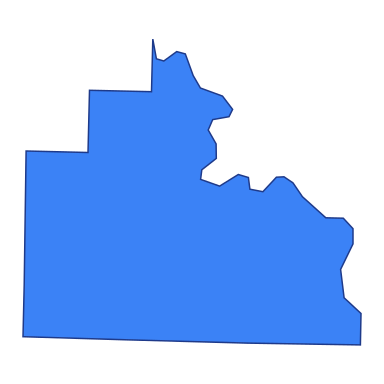 outline of Stone, Arkansas, United States of America
{"feature_id": "52423323B17641695203494", "entity_name": "Stone", "entity_type": "district", "adm_level": 2, "iso_a3": "USA", "parent_name": "United States of America", "parent_adm1": "Arkansas", "projection": "orthographic", "projection_center": [-92.07, 35.919], "detail": "fine", "context": "isolated", "style": "filled", "palette": "blue", "viewbox_px": 384, "rotation_deg": 0, "n_neighbors": 0, "source": "geoboundaries", "source_scale": "gbopen_adm2", "svg_char_len": 621}
<svg xmlns="http://www.w3.org/2000/svg" viewBox="0 0 384 384"><path d="M360.4,344.9L361.0,313.5L344.1,297.8L340.6,269.4L353.0,243.9L353.0,228.7L343.3,218.2L325.8,217.8L302.4,196.7L293.0,182.9L284.0,176.8L276.4,177.2L262.9,191.7L249.9,189.2L248.4,177.5L238.3,174.5L219.6,186.1L200.6,179.4L201.8,169.8L216.3,158.4L216.1,143.9L208.2,130.0L212.7,119.6L229.0,116.7L232.6,109.4L222.5,96.1L200.4,88.0L193.2,75.6L185.3,53.9L176.7,51.6L163.8,61.0L156.4,58.8L152.8,39.1L151.5,91.7L89.5,90.3L88.0,152.5L26.1,151.0L24.2,284.9L23.0,336.7L126.3,339.8L247.3,343.1L360.4,344.9Z" fill="#3b82f6" stroke="#1e3a8a" stroke-width="1.5"/></svg>